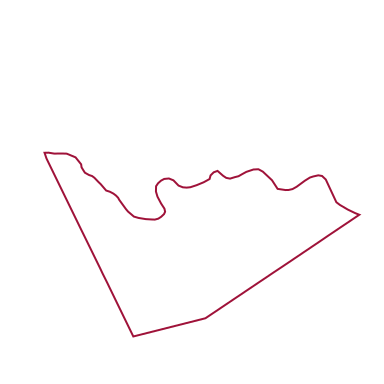 outline of Magalhães de Almeida, Maranhão, Brazil, rotated 237°
{"feature_id": "56859067B91112752221469", "entity_name": "Magalhães de Almeida", "entity_type": "district", "adm_level": 2, "iso_a3": "BRA", "parent_name": "Brazil", "parent_adm1": "Maranhão", "projection": "equal_earth", "projection_center": [-42.134, -3.322], "detail": "fine", "context": "isolated", "style": "outline", "palette": "rose", "viewbox_px": 384, "rotation_deg": 237, "n_neighbors": 0, "source": "geoboundaries", "source_scale": "gbopen_adm2", "svg_char_len": 1307}
<svg xmlns="http://www.w3.org/2000/svg" viewBox="0 0 384 384"><g transform="rotate(237 192 192)"><path d="M102.8,64.1L78.8,134.5L78.9,141.0L80.1,217.2L80.2,227.6L81.0,274.2L81.2,282.6L81.8,319.9L85.5,317.3L92.4,313.1L100.6,309.0L104.8,307.5L129.6,311.0L134.6,309.8L137.2,307.0L139.0,302.1L139.9,298.8L140.0,292.9L139.4,282.6L139.7,277.9L141.1,274.1L142.7,271.5L148.0,265.5L158.3,265.5L170.5,262.5L174.9,260.1L177.4,255.8L179.3,248.5L179.7,243.1L179.9,239.6L181.1,236.1L182.5,231.2L185.2,228.4L188.7,226.9L195.8,224.9L196.7,220.9L195.8,216.6L193.3,213.8L193.8,207.1L195.2,199.6L196.9,193.2L198.6,189.9L200.9,186.9L204.7,184.2L211.9,182.8L215.9,180.0L218.1,175.8L218.4,172.2L217.8,168.3L216.4,165.0L212.0,162.0L206.9,160.5L199.2,159.8L193.0,159.8L190.1,158.7L188.7,156.5L188.0,152.6L188.0,149.2L189.1,145.8L190.8,143.4L194.4,138.5L199.4,133.0L203.0,129.9L210.4,127.7L213.5,127.3L221.0,126.9L225.1,126.7L227.4,126.9L230.5,126.3L233.5,125.2L236.9,123.3L240.0,120.8L248.3,119.7L251.3,119.0L257.1,117.9L259.8,116.9L262.3,114.9L266.5,112.7L269.0,112.7L272.8,112.8L275.6,114.1L284.5,113.2L292.4,107.8L295.1,103.9L299.3,97.3L303.1,93.1L305.2,89.7L299.3,88.2L221.2,78.6L211.1,77.4L178.0,73.4L172.2,72.6L161.5,71.4L157.6,70.9L144.0,69.2L140.0,68.7L102.8,64.1Z" fill="none" stroke="#9f1239" stroke-width="2"/></g></svg>